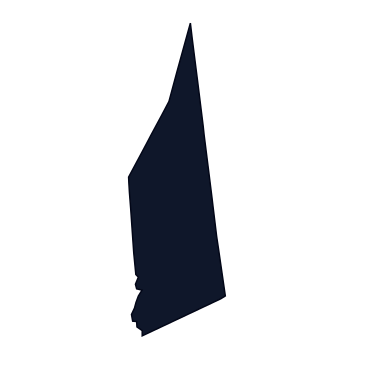 Calçado, Pernambuco, Brazil (Equal Earth projection), rotated 26°
{"feature_id": "56859067B28501117659936", "entity_name": "Calçado", "entity_type": "district", "adm_level": 2, "iso_a3": "BRA", "parent_name": "Brazil", "parent_adm1": "Pernambuco", "projection": "equal_earth", "projection_center": [-36.33, -8.734], "detail": "fine", "context": "isolated", "style": "filled", "palette": "ink", "viewbox_px": 384, "rotation_deg": 26, "n_neighbors": 0, "source": "geoboundaries", "source_scale": "gbopen_adm2", "svg_char_len": 669}
<svg xmlns="http://www.w3.org/2000/svg" viewBox="0 0 384 384"><g transform="rotate(26 192 192)"><path d="M210.3,343.1L264.7,275.3L267.5,270.8L240.4,231.0L233.6,221.1L216.2,194.2L212.6,188.6L195.9,163.0L192.3,157.5L177.8,135.3L173.3,128.1L161.9,110.6L147.9,89.1L145.2,85.0L124.4,53.2L116.5,40.9L125.9,91.2L131.6,120.7L131.1,136.9L130.7,146.7L130.2,159.1L130.0,166.3L129.6,177.9L128.5,206.4L131.1,211.2L136.0,219.9L144.4,234.2L166.3,272.2L177.7,290.8L181.1,292.0L181.6,299.7L184.7,303.3L190.1,302.1L189.4,309.0L190.1,315.9L191.2,321.5L191.3,328.6L195.3,334.1L199.0,332.7L201.7,337.4L208.0,338.4L210.3,343.1Z" fill="#0f172a" stroke="#020617" stroke-width="1.5"/></g></svg>